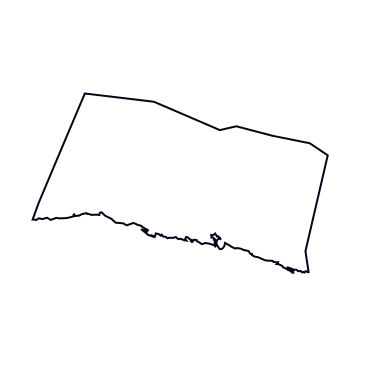 Sawakin, Red Sea, Sudan, rotated 117°
{"feature_id": "16777658B58699373531896", "entity_name": "Sawakin", "entity_type": "district", "adm_level": 2, "iso_a3": "SDN", "parent_name": "Sudan", "parent_adm1": "Red Sea", "projection": "robinson", "projection_center": [37.356, 19.026], "detail": "fine", "context": "isolated", "style": "outline", "palette": "ink", "viewbox_px": 384, "rotation_deg": 117, "n_neighbors": 0, "source": "geoboundaries", "source_scale": "gbopen_adm2", "svg_char_len": 2466}
<svg xmlns="http://www.w3.org/2000/svg" viewBox="0 0 384 384"><g transform="rotate(117 192 192)"><path d="M105.3,145.5L112.6,179.0L113.3,182.3L124.2,195.3L128.9,266.9L152.9,332.2L216.3,327.7L249.0,325.3L271.0,323.7L288.9,321.5L288.0,319.5L287.8,318.2L286.4,317.4L284.9,316.4L284.2,313.2L282.1,311.0L280.7,309.3L281.0,305.2L279.1,303.5L276.6,301.1L275.9,298.7L274.6,296.2L273.0,293.3L271.0,290.4L267.2,286.2L266.3,287.1L265.4,286.7L266.4,285.5L266.2,284.8L264.2,281.8L262.1,280.4L258.7,276.5L259.2,275.9L258.3,273.4L258.0,270.9L256.5,268.6L255.7,267.0L254.5,264.2L252.5,264.7L251.1,263.3L252.6,258.6L252.5,254.4L252.5,251.7L254.0,246.1L252.6,242.7L251.1,238.9L251.3,237.3L251.3,235.0L246.4,230.4L245.9,228.2L246.0,225.7L245.2,222.2L245.8,218.9L246.0,214.0L247.8,214.2L248.2,220.5L249.6,213.5L250.2,211.7L249.7,208.7L249.5,206.7L248.9,207.5L248.5,204.8L245.3,205.4L244.6,202.4L245.1,200.1L243.8,199.7L244.8,197.5L244.4,196.6L243.9,194.9L244.4,193.0L242.7,190.9L242.4,189.7L241.1,187.6L239.4,185.9L240.1,184.0L240.0,182.5L238.8,180.9L238.7,179.0L238.5,177.1L237.8,175.0L237.1,176.6L235.1,177.0L234.3,175.9L235.1,172.1L235.0,170.6L236.2,170.7L236.6,169.3L235.6,168.8L233.9,168.9L233.3,167.6L232.7,166.2L233.6,165.6L233.6,163.0L234.0,159.6L231.4,156.9L230.2,153.4L229.8,150.1L228.8,148.3L229.7,147.7L229.9,146.5L228.6,146.6L228.3,147.6L226.9,148.7L223.9,149.9L224.6,150.9L223.2,151.5L223.1,153.1L223.8,153.9L221.5,155.4L220.4,153.2L218.5,152.5L219.7,150.4L220.3,149.5L219.6,148.8L219.9,147.7L220.1,146.4L220.8,145.6L220.9,144.5L221.4,147.0L222.2,147.3L223.8,147.9L224.9,147.5L226.4,147.1L227.3,146.5L228.7,144.4L230.2,141.6L229.4,139.7L227.5,138.9L225.0,138.7L222.4,139.5L222.5,135.6L222.9,131.6L222.7,127.8L221.3,126.1L220.8,124.2L220.4,123.0L220.2,119.7L218.9,114.8L220.1,113.0L220.6,111.6L220.0,110.5L220.9,110.0L221.2,107.0L220.1,103.6L219.7,96.5L219.4,95.2L218.7,93.2L217.5,90.7L216.7,88.8L217.3,88.1L217.1,87.3L216.7,86.1L216.4,84.7L215.5,83.5L216.4,83.3L217.7,83.7L217.1,82.3L216.9,79.8L216.9,78.1L217.7,76.9L217.6,74.3L217.8,70.9L217.7,69.8L217.7,68.4L218.3,66.3L217.9,65.2L217.6,65.5L216.7,66.1L216.1,65.9L216.5,69.1L215.9,73.4L215.3,69.8L215.1,66.7L214.6,65.0L214.0,64.0L214.0,62.9L214.3,61.7L214.1,60.8L213.4,60.0L213.1,59.1L213.5,58.3L213.5,57.1L212.6,56.6L212.7,55.2L211.3,55.0L210.7,54.1L210.9,52.9L210.7,52.2L210.5,51.8L209.2,52.6L199.2,59.8L193.3,64.0L190.2,64.8L97.7,87.7L95.1,109.2L105.3,145.5Z" fill="none" stroke="#020617" stroke-width="2"/></g></svg>